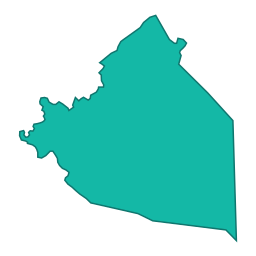 Hilir Perak, Perak, Malaysia (Robinson projection)
{"feature_id": "92858781B22545917435133", "entity_name": "Hilir Perak", "entity_type": "district", "adm_level": 2, "iso_a3": "MYS", "parent_name": "Malaysia", "parent_adm1": "Perak", "projection": "robinson", "projection_center": [100.994, 4.019], "detail": "fine", "context": "isolated", "style": "filled", "palette": "teal", "viewbox_px": 256, "rotation_deg": 0, "n_neighbors": 0, "source": "geoboundaries", "source_scale": "gbopen_adm2", "svg_char_len": 1477}
<svg xmlns="http://www.w3.org/2000/svg" viewBox="0 0 256 256"><path d="M27.5,143.4L32.5,144.8L35.3,146.8L36.7,149.2L37.8,152.4L37.8,157.2L41.6,158.0L43.7,156.8L45.8,155.6L50.1,151.2L52.9,151.2L55.3,154.8L57.4,158.3L57.8,162.3L59.6,165.5L62.4,168.3L65.9,169.9L69.0,172.3L68.0,175.8L65.5,177.8L64.8,180.2L68.0,184.2L71.9,187.0L75.7,190.5L79.9,194.1L86.3,198.5L90.8,202.9L138.0,213.6L152.7,220.8L225.9,229.9L235.8,240.0L236.4,240.6L232.9,120.6L207.7,92.9L178.7,64.2L181.1,55.5L179.6,52.7L180.2,50.7L182.9,48.2L185.0,45.9L186.5,43.1L183.2,39.5L178.0,38.3L176.6,43.3L174.4,43.3L172.4,41.8L169.4,39.5L155.7,15.4L149.9,17.3L143.6,22.5L140.2,27.6L122.9,40.0L120.8,41.6L119.7,43.6L118.1,46.6L117.0,50.5L114.5,51.7L111.2,53.3L99.7,62.7L101.7,63.9L104.4,66.0L103.1,68.5L99.0,72.8L101.3,75.1L101.3,76.7L101.5,80.7L103.7,84.8L103.5,87.1L98.6,87.1L98.3,88.9L96.3,92.2L94.1,93.4L90.7,95.2L90.2,98.5L88.2,100.1L83.5,97.3L81.0,98.8L78.8,100.8L75.4,97.5L72.7,105.1L73.6,107.2L68.9,110.5L68.0,108.2L62.8,104.1L59.0,101.8L55.8,104.4L53.1,104.4L51.3,103.4L49.1,102.1L47.3,98.3L44.6,97.5L41.0,98.0L39.8,101.6L40.1,103.9L43.2,106.7L41.9,110.2L43.9,111.3L44.8,114.1L43.4,116.1L44.3,117.6L45.0,119.6L43.7,121.2L42.1,122.2L39.8,123.0L37.1,123.7L34.0,124.2L33.1,126.5L34.4,128.6L32.9,131.1L30.2,130.8L28.6,132.4L29.5,134.9L27.9,136.9L25.7,137.2L23.9,134.9L24.5,132.4L23.6,130.6L19.8,131.6L19.6,135.7L21.4,140.0L25.7,141.0L27.7,142.3L27.5,143.4Z" fill="#14b8a6" stroke="#0f766e" stroke-width="1.5"/></svg>